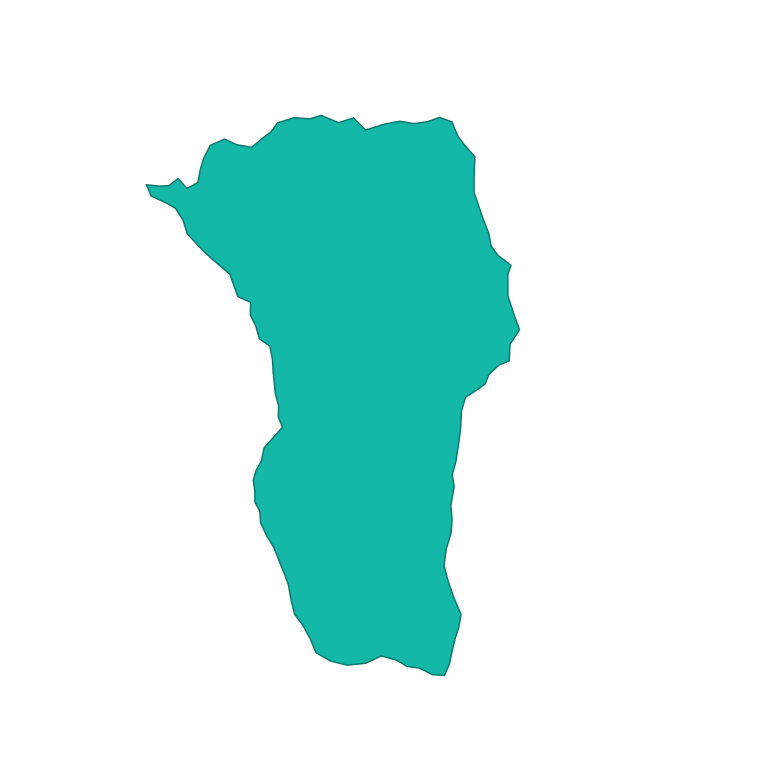 Borá, São Paulo, Brazil, rotated 155°
{"feature_id": "56859067B19107270357913", "entity_name": "Borá", "entity_type": "district", "adm_level": 2, "iso_a3": "BRA", "parent_name": "Brazil", "parent_adm1": "São Paulo", "projection": "orthographic", "projection_center": [-50.497, -22.235], "detail": "fine", "context": "isolated", "style": "filled", "palette": "teal", "viewbox_px": 768, "rotation_deg": 155, "n_neighbors": 0, "source": "geoboundaries", "source_scale": "gbopen_adm2", "svg_char_len": 1586}
<svg xmlns="http://www.w3.org/2000/svg" viewBox="0 0 768 768"><g transform="rotate(155 384 384)"><path d="M559.1,169.2L549.3,155.3L536.2,144.7L518.7,138.7L501.4,138.7L489.3,128.4L482.5,118.3L472.2,111.7L463.1,100.3L452.5,94.3L442.8,102.9L435.0,113.4L426.5,123.9L419.3,131.6L411.6,142.6L411.0,160.8L409.2,178.0L406.4,193.9L397.4,208.1L386.1,220.7L379.6,232.3L374.8,245.6L363.7,261.5L360.7,272.7L351.9,283.0L341.8,298.0L333.1,311.8L325.3,326.6L315.8,337.5L303.4,339.2L292.1,341.4L285.2,348.1L271.8,352.6L260.7,352.1L253.0,366.7L238.3,375.8L237.1,389.5L234.5,411.4L225.6,430.7L218.8,438.0L226.4,452.4L228.6,464.0L225.4,476.0L224.4,491.9L221.4,519.6L215.3,532.7L205.7,551.4L209.7,565.4L212.3,576.7L211.7,592.8L220.9,602.1L233.6,603.3L246.5,607.2L258.6,615.4L272.9,619.2L293.4,622.0L299.3,638.1L314.6,640.0L327.5,654.0L339.3,655.7L353.0,663.4L370.3,665.6L379.6,660.4L391.1,657.8L404.0,654.4L416.7,663.4L424.9,673.3L440.6,673.7L452.3,664.5L459.4,656.6L467.6,645.2L479.9,644.5L483.9,657.2L495.2,654.6L504.3,658.5L515.0,664.9L515.6,652.7L504.9,640.2L498.8,631.4L496.8,617.7L498.8,603.3L492.2,582.9L487.4,570.7L481.5,558.0L477.3,548.6L478.5,535.9L479.5,525.0L470.4,514.4L475.9,503.1L475.7,490.2L477.9,477.7L471.4,466.6L474.8,453.2L479.3,441.9L483.1,430.9L486.7,420.8L488.7,408.8L493.8,398.7L494.2,387.8L507.0,382.2L519.7,376.8L527.8,365.9L536.6,359.6L543.1,352.1L546.3,341.6L550.9,331.5L550.3,321.2L554.5,310.3L554.5,296.3L552.9,282.6L553.9,265.6L554.5,253.8L555.5,242.2L559.5,227.6L562.3,213.0L559.7,200.6L558.5,184.5L559.1,169.2Z" fill="#14b8a6" stroke="#0f766e" stroke-width="1.5"/></g></svg>